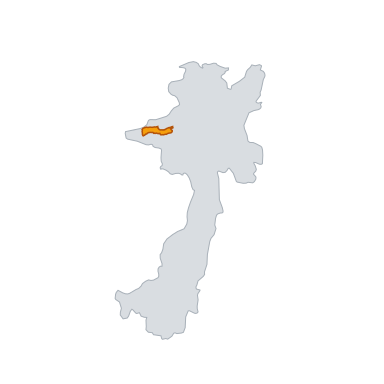 Parklai, Xaignabouri, Laos (highlighted), rotated 55°
{"feature_id": "54806243B45153092091690", "entity_name": "Parklai", "entity_type": "district", "adm_level": 2, "iso_a3": "LAO", "parent_name": "Laos", "parent_adm1": "Xaignabouri", "projection": "albers", "projection_center": [101.569, 18.46], "detail": "fine", "context": "in_parent", "style": "filled", "palette": "amber", "viewbox_px": 384, "rotation_deg": 55, "n_neighbors": 0, "source": "geoboundaries", "source_scale": "gbopen_adm2", "svg_char_len": 7392}
<svg xmlns="http://www.w3.org/2000/svg" viewBox="0 0 384 384"><g transform="rotate(55 192 192)"><path d="M139.2,66.2L140.8,69.1L148.1,76.9L149.4,79.0L152.1,80.6L154.4,87.5L155.3,87.9L156.5,87.4L157.4,86.4L158.2,83.8L158.7,83.5L159.5,85.7L161.6,86.3L162.5,87.3L162.8,88.9L162.5,90.6L160.8,94.6L159.8,99.9L167.1,111.2L170.1,112.7L177.3,114.5L182.2,116.9L184.5,116.3L186.6,113.5L189.2,111.9L194.0,109.4L195.4,109.2L198.0,110.1L202.5,112.9L209.2,118.1L209.0,119.5L207.8,120.9L204.3,123.0L203.2,124.4L203.9,124.9L206.8,125.2L210.3,126.3L211.4,127.7L212.1,130.8L212.7,131.4L216.0,131.0L217.0,131.4L218.1,132.4L219.3,135.0L219.3,137.0L216.2,140.5L215.8,142.6L214.2,145.1L209.8,149.3L208.7,149.6L200.4,147.4L193.9,147.8L193.4,148.7L194.5,151.2L194.9,153.6L193.9,155.5L190.2,158.0L190.0,159.1L190.8,160.2L196.3,162.3L214.0,174.0L222.0,176.1L225.5,177.5L226.4,178.4L226.4,179.4L225.5,180.8L224.8,183.1L224.8,184.5L225.6,185.9L227.1,187.8L232.1,192.3L235.7,193.3L239.6,198.4L240.8,202.9L242.7,205.8L252.1,215.3L259.8,221.2L264.6,227.6L266.8,229.0L267.6,231.3L268.3,238.1L271.1,241.5L271.7,242.8L272.9,243.8L274.1,244.0L276.8,241.7L277.3,242.0L278.7,245.6L279.8,246.8L283.9,248.9L288.4,253.2L290.7,254.7L293.7,255.8L294.1,257.2L293.6,258.6L292.7,259.5L287.8,262.2L287.2,263.3L290.7,268.8L299.2,275.4L302.0,279.5L301.5,281.5L299.3,285.6L297.6,286.7L297.2,288.0L298.6,291.2L298.6,296.3L297.0,297.5L295.7,300.7L294.6,300.9L292.0,299.9L286.8,305.4L284.5,305.2L281.8,308.2L278.4,308.7L275.9,306.6L270.6,303.2L268.8,301.0L267.2,303.0L264.5,304.9L260.7,304.3L259.8,307.0L259.0,307.5L254.4,308.1L253.5,308.5L254.3,310.9L257.2,315.0L258.1,317.3L256.4,321.2L251.6,321.3L249.5,319.7L246.7,316.5L240.5,314.5L236.4,316.1L235.1,316.0L232.0,313.3L230.8,311.6L230.1,309.0L234.7,306.7L237.1,305.0L238.6,303.2L239.2,301.4L239.8,293.7L240.4,291.0L239.9,287.7L238.6,285.1L238.5,281.2L239.1,278.0L240.9,276.4L242.1,274.1L242.7,269.0L242.1,267.7L240.3,266.4L237.4,265.3L235.5,263.9L234.7,262.1L234.7,260.5L235.6,259.1L233.4,257.6L228.0,256.0L225.0,254.0L224.3,251.7L222.1,248.6L218.2,244.9L216.1,239.4L215.8,232.2L216.1,226.4L217.6,219.6L215.3,214.7L212.9,212.2L209.5,210.3L206.2,207.7L203.1,204.1L199.4,199.0L195.0,192.1L192.1,189.0L190.7,189.8L187.6,189.2L182.9,187.2L178.8,186.2L175.3,186.0L173.0,186.5L172.0,187.6L171.9,188.6L172.8,189.7L172.3,190.5L170.5,191.1L169.0,192.2L167.4,194.8L166.3,198.1L164.6,199.4L161.9,199.7L159.3,200.7L156.7,202.3L155.5,203.6L155.6,204.4L155.0,204.6L153.8,204.1L153.2,203.0L153.2,201.3L151.9,200.1L149.2,199.6L146.1,197.7L140.2,192.9L138.8,192.7L136.9,194.0L134.4,196.7L132.3,197.7L130.7,197.2L129.4,198.1L128.5,200.6L126.9,202.5L119.0,207.7L111.8,214.4L110.0,215.0L105.7,213.1L104.4,211.8L110.3,198.1L111.2,194.8L111.0,190.4L108.5,186.8L108.4,185.7L108.8,184.6L111.9,180.4L115.4,169.5L115.2,166.1L113.7,162.4L112.8,158.8L113.5,154.0L113.3,152.1L111.6,151.2L106.2,150.2L103.1,151.0L101.7,152.3L99.9,153.1L96.5,153.5L93.3,151.9L90.6,149.1L90.0,145.7L93.4,138.5L94.2,135.7L94.1,134.3L93.5,132.9L92.7,132.7L91.0,131.0L89.4,128.0L87.8,126.6L86.4,126.8L85.0,128.0L82.7,130.8L82.0,130.4L84.1,120.4L86.0,116.1L88.2,114.2L90.5,113.3L92.9,113.7L95.0,113.3L96.6,112.3L96.5,111.7L94.5,111.5L93.8,110.4L94.2,108.2L95.0,106.8L96.4,106.2L97.7,104.1L98.9,100.4L100.5,98.5L102.2,98.5L105.3,96.9L109.6,93.8L111.3,90.9L112.9,92.2L112.3,95.7L113.2,96.4L113.6,97.7L113.4,99.6L113.7,101.3L114.4,102.1L115.3,102.5L119.9,101.1L122.7,101.0L127.3,103.5L130.0,101.6L130.1,100.9L127.8,98.5L128.5,89.7L128.2,83.0L124.4,78.1L123.7,76.1L123.3,72.8L122.2,70.1L124.9,67.8L126.4,63.7L128.2,62.7L128.8,62.9L131.2,66.0L134.1,64.4L136.3,64.4L138.2,65.2L139.2,66.2Z" fill="#d9dde1" stroke="#a8b0b8" stroke-width="1"/><path d="M118.5,195.8L118.5,195.7L118.4,195.4L118.3,195.2L118.2,195.0L118.2,194.9L118.2,194.7L118.3,194.4L118.3,194.2L118.4,193.9L118.4,193.7L118.5,193.5L118.5,193.4L118.7,193.0L118.8,192.9L118.9,192.6L119.1,192.4L119.2,192.1L119.3,192.0L119.4,191.7L119.5,191.5L119.7,191.3L120.0,191.1L120.1,190.9L120.3,190.6L120.4,190.4L120.5,190.3L120.6,190.1L120.7,189.9L120.8,189.8L121.0,189.8L121.0,189.7L121.0,189.8L121.1,189.7L121.3,189.6L121.5,189.6L121.8,189.7L122.0,189.7L122.2,189.3L122.2,189.2L122.3,189.2L122.5,188.9L122.8,188.6L123.1,188.2L123.2,187.9L123.2,187.7L123.3,187.5L123.3,187.4L123.5,187.2L123.8,187.0L123.9,186.9L124.2,186.8L124.3,186.7L124.5,186.5L124.6,186.4L124.7,186.2L124.8,186.1L124.9,185.9L125.0,185.9L125.1,185.7L125.2,185.4L125.3,185.4L125.4,185.1L125.5,184.9L125.6,184.7L125.8,184.7L126.0,184.8L126.4,184.9L126.5,184.9L126.9,184.9L127.1,184.8L127.2,184.7L127.3,184.7L127.5,184.4L127.6,184.2L127.8,184.0L127.9,183.8L128.1,183.5L128.1,183.4L128.2,183.2L128.3,182.9L128.5,182.8L128.7,182.7L128.8,182.5L128.8,182.4L128.9,182.2L129.0,182.0L129.1,181.6L129.2,181.3L129.3,180.9L129.5,180.7L129.7,180.3L129.7,180.2L129.8,180.1L129.9,179.9L130.0,179.9L130.1,179.6L130.1,179.4L130.1,179.1L130.1,178.9L130.1,178.6L130.1,178.4L130.2,178.2L130.3,177.9L130.3,177.7L130.5,177.4L130.5,177.2L130.7,176.9L130.8,176.6L130.9,176.4L131.0,176.3L131.1,176.2L131.2,175.9L131.2,175.7L131.3,175.5L131.3,175.3L131.4,175.2L131.4,174.8L131.5,174.7L131.4,174.3L131.4,174.2L131.3,173.9L131.2,173.8L131.1,173.7L130.9,173.5L130.9,173.4L130.7,173.3L130.7,173.2L130.4,173.0L130.2,172.9L129.8,173.1L129.6,173.2L129.4,173.2L129.1,173.3L128.5,173.3L128.0,173.2L127.9,173.2L127.9,172.8L127.9,172.7L128.0,172.4L128.1,172.1L128.3,171.8L128.3,171.5L128.3,171.4L128.4,171.2L128.5,171.0L128.5,170.8L128.4,170.7L128.1,170.7L128.0,170.9L127.9,170.9L127.7,170.8L127.6,170.6L127.4,170.7L127.2,170.5L127.1,170.8L126.9,171.2L126.9,171.6L126.8,171.9L126.8,172.3L126.6,172.8L126.4,172.9L126.4,173.1L126.4,173.3L126.4,173.6L126.3,173.8L126.2,174.0L125.9,174.2L125.9,174.4L125.9,174.6L125.8,174.8L125.8,175.2L125.7,175.4L125.6,175.7L125.5,176.0L125.5,176.3L125.4,177.0L125.5,177.4L125.4,177.6L125.4,177.9L125.4,178.2L125.4,178.4L125.4,178.7L125.3,178.8L125.1,178.8L124.9,179.7L124.8,179.8L124.6,179.9L124.5,180.1L124.4,180.4L124.2,180.5L123.5,181.5L123.4,181.7L123.2,182.0L123.0,182.3L122.8,182.5L122.6,182.7L122.4,182.8L122.1,183.0L121.8,183.1L121.7,183.1L121.4,183.1L121.0,183.0L120.7,183.0L120.3,182.9L120.2,182.9L120.1,183.0L119.9,183.3L119.7,183.3L119.5,183.1L119.4,183.0L119.2,182.9L118.7,182.5L118.6,182.8L118.4,183.2L118.2,183.7L118.2,183.9L118.2,184.1L118.1,184.3L118.0,184.5L117.9,184.6L117.7,184.8L117.4,185.1L117.3,185.3L117.1,185.5L116.8,186.3L116.6,186.7L116.4,187.1L116.2,187.5L115.9,187.8L115.7,188.1L115.5,188.4L115.2,188.7L114.9,189.0L114.7,189.3L114.5,189.8L114.4,190.0L114.1,190.6L113.9,191.0L113.5,191.5L113.1,191.9L112.9,192.1L112.6,192.3L112.6,192.5L112.4,193.0L112.4,193.3L112.2,193.5L112.1,193.8L112.1,194.0L112.0,194.4L112.0,194.5L111.9,194.9L111.7,195.4L111.7,195.5L111.8,195.7L111.8,195.9L111.9,196.2L112.0,196.4L112.0,196.5L112.0,196.8L112.1,197.0L112.3,197.0L112.5,197.2L112.9,197.3L113.2,197.4L113.4,197.6L113.5,197.8L113.8,198.1L114.0,198.3L114.3,198.4L114.5,198.4L114.4,198.4L114.5,198.4L114.7,198.5L114.8,198.6L115.4,198.9L115.8,199.2L116.1,199.4L116.3,199.4L116.4,199.6L116.7,199.7L116.9,199.7L117.1,199.8L117.4,199.9L117.6,199.9L117.9,199.8L118.0,199.8L118.1,199.7L118.1,199.4L118.1,199.1L118.2,198.7L118.2,198.4L118.3,198.3L118.3,198.2L118.2,197.9L118.2,197.7L118.2,197.4L118.2,197.2L118.1,196.9L118.0,196.7L118.2,196.4L118.3,196.2L118.5,195.8Z" fill="#f59e0b" stroke="#b45309" stroke-width="1.5"/></g></svg>